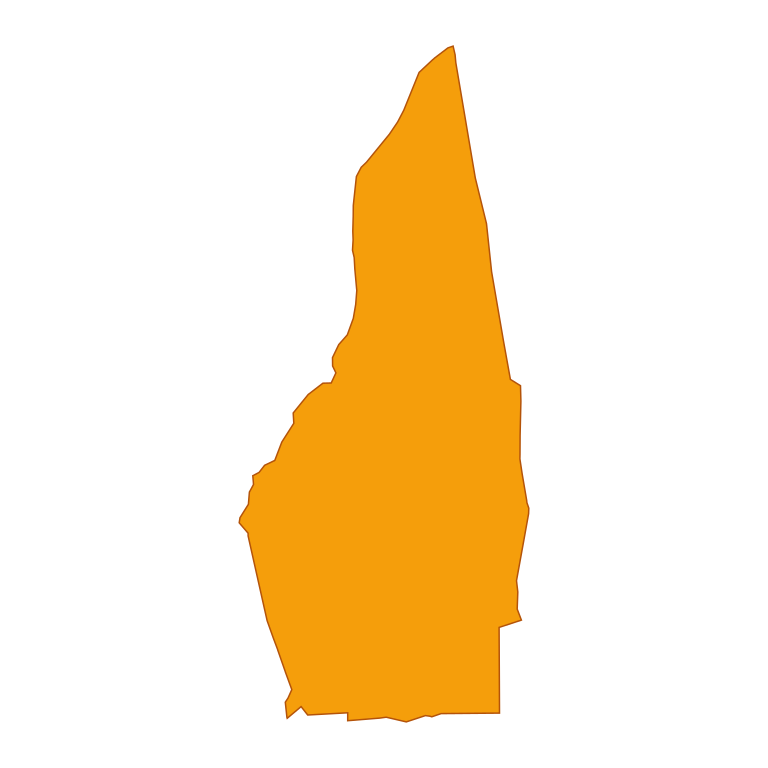 Dededo, Guam
{"feature_id": "77769853B76375240183470", "entity_name": "Dededo", "entity_type": "district", "adm_level": 2, "iso_a3": "GUM", "parent_name": "Guam", "parent_adm1": "", "projection": "albers", "projection_center": [144.841, 13.576], "detail": "fine", "context": "isolated", "style": "filled", "palette": "amber", "viewbox_px": 768, "rotation_deg": 0, "n_neighbors": 0, "source": "geoboundaries", "source_scale": "gbopen_adm2", "svg_char_len": 1276}
<svg xmlns="http://www.w3.org/2000/svg" viewBox="0 0 768 768"><path d="M347.7,720.7L379.7,718.1L386.2,717.2L406.3,721.9L425.4,715.6L429.9,716.2L431.8,716.8L441.1,713.6L499.5,713.1L499.1,627.4L521.4,620.1L517.2,609.1L517.8,592.0L516.5,580.7L523.8,540.5L528.6,513.7L528.8,508.2L526.9,502.6L526.7,500.5L522.1,473.5L519.9,458.9L520.0,454.6L520.1,435.4L520.9,401.2L520.5,385.7L510.4,379.4L503.6,341.7L491.6,271.8L486.5,223.7L475.3,178.0L455.8,62.6L455.1,54.8L453.1,46.1L447.9,47.9L434.5,58.1L433.5,59.1L432.8,59.6L419.1,72.4L403.8,110.2L397.7,121.9L389.4,134.2L366.5,162.2L361.2,167.3L356.4,176.5L353.3,205.4L353.2,216.5L352.8,231.2L353.1,240.0L352.5,250.2L354.2,257.6L354.8,268.7L356.6,288.8L356.8,290.3L355.7,304.4L353.3,318.4L347.3,334.9L338.8,344.5L332.5,357.6L332.6,366.0L335.9,372.9L331.2,383.0L322.9,383.2L308.2,394.5L301.3,403.0L293.2,413.0L293.8,423.3L283.9,438.8L281.8,442.1L274.8,460.4L264.6,465.3L259.1,472.4L252.8,475.7L253.3,481.7L253.5,484.5L250.1,490.8L249.4,492.0L248.4,504.3L240.0,517.7L239.2,522.8L248.1,533.2L248.1,535.9L267.1,620.6L273.3,638.0L277.7,649.7L277.8,650.2L285.2,671.4L285.3,671.8L291.8,689.6L288.0,698.1L285.3,702.2L286.9,717.3L287.2,718.3L301.1,706.6L307.7,715.0L347.7,712.8L347.7,720.7Z" fill="#f59e0b" stroke="#b45309" stroke-width="1.5"/></svg>